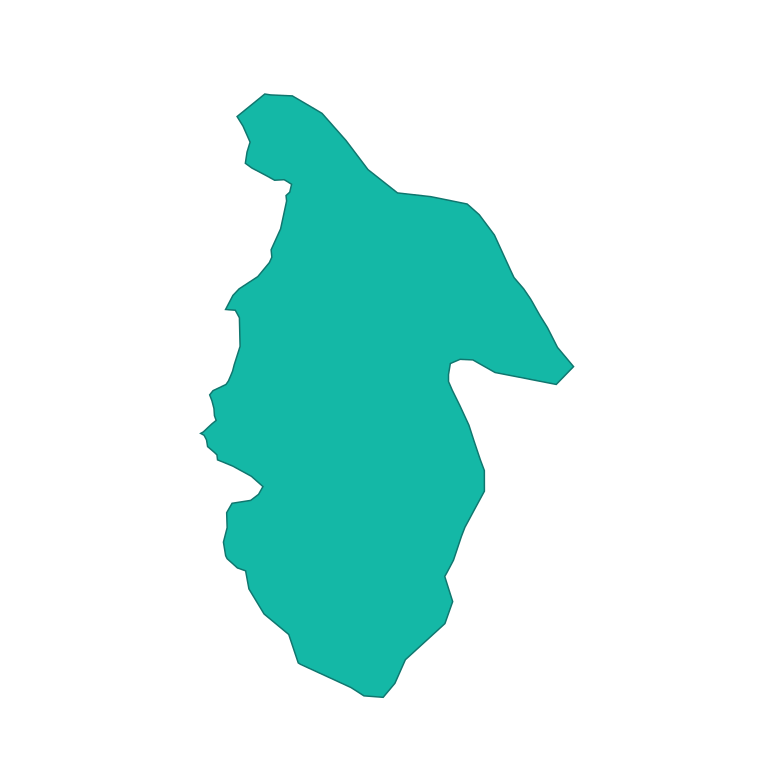 Ogbadibo, Benue, Nigeria (Natural Earth projection), rotated 169°
{"feature_id": "59680162B26648923761656", "entity_name": "Ogbadibo", "entity_type": "district", "adm_level": 2, "iso_a3": "NGA", "parent_name": "Nigeria", "parent_adm1": "Benue", "projection": "natural_earth1", "projection_center": [7.68, 7.022], "detail": "fine", "context": "isolated", "style": "filled", "palette": "teal", "viewbox_px": 768, "rotation_deg": 169, "n_neighbors": 0, "source": "geoboundaries", "source_scale": "gbopen_adm2", "svg_char_len": 1619}
<svg xmlns="http://www.w3.org/2000/svg" viewBox="0 0 768 768"><g transform="rotate(169 384 384)"><path d="M440.1,689.4L445.7,691.4L477.2,674.6L473.2,664.0L469.3,647.0L474.2,637.8L478.0,627.1L472.5,621.2L460.4,611.5L452.5,604.9L443.0,603.6L436.6,597.7L439.9,590.3L444.2,587.7L444.7,582.2L455.9,556.0L469.2,537.3L469.9,529.9L473.3,525.1L487.4,513.5L508.0,505.1L515.4,499.8L525.3,487.4L522.2,486.5L515.9,484.8L513.3,476.6L518.1,448.4L527.4,431.4L530.2,425.5L533.1,421.1L536.2,416.6L539.2,413.7L553.1,410.1L557.2,406.6L556.1,400.3L555.6,392.4L556.5,385.2L555.7,380.3L560.4,377.8L564.9,375.0L570.6,371.4L573.4,370.5L570.4,368.0L568.9,363.0L569.1,356.2L563.7,349.4L561.5,346.3L561.9,341.3L548.2,332.3L531.8,318.7L522.4,306.4L528.2,299.6L537.1,295.2L555.9,295.9L563.0,287.7L565.4,272.9L571.8,259.4L572.2,245.6L571.3,242.4L563.0,231.4L555.5,227.0L555.7,208.6L545.6,181.1L525.3,156.3L521.4,126.6L519.4,124.7L474.3,92.3L463.2,81.7L444.6,76.6L430.4,88.1L415.6,109.3L369.9,137.2L358.1,157.3L361.1,183.5L359.1,185.8L354.7,191.2L349.4,197.8L337.1,219.6L331.9,227.9L325.4,235.8L320.2,242.2L305.9,259.6L302.0,279.9L303.9,291.2L306.5,310.8L308.5,327.4L313.7,348.5L318.2,365.0L320.2,374.1L318.9,380.9L315.0,391.4L312.0,392.1L304.6,393.7L292.2,390.7L272.8,374.1L215.0,350.7L194.6,364.9L204.1,382.1L206.7,386.8L212.8,408.2L217.7,421.0L219.5,426.3L222.2,434.6L223.9,439.5L228.8,450.9L233.1,458.4L236.1,463.7L238.4,472.9L247.2,509.2L258.2,532.0L268.0,544.8L297.0,556.8L302.4,559.0L334.3,569.0L358.8,597.5L362.8,605.7L374.8,630.2L393.2,661.5L398.9,666.6L419.0,684.3L440.1,689.4Z" fill="#14b8a6" stroke="#0f766e" stroke-width="1.5"/></g></svg>